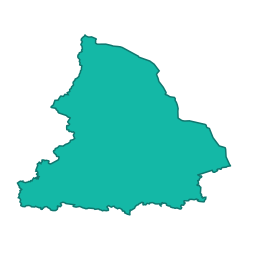 outline of Sverdlovsk, rotated 5°
{"feature_id": "RUS-2386", "entity_name": "Sverdlovsk", "entity_type": "Region", "adm_level": 1, "iso_a3": "RUS", "parent_name": "Russia", "parent_adm1": "", "projection": "natural_earth1", "projection_center": [60.591, 59.024], "detail": "fine", "context": "isolated", "style": "filled", "palette": "teal", "viewbox_px": 256, "rotation_deg": 5, "n_neighbors": 0, "source": "natural_earth", "source_scale": "10m", "svg_char_len": 5793}
<svg xmlns="http://www.w3.org/2000/svg" viewBox="0 0 256 256"><g transform="rotate(5 128 128)"><path d="M32.2,215.4L29.8,215.4L28.0,214.6L27.9,214.0L28.4,213.4L28.5,213.0L28.0,212.2L26.8,211.0L27.3,209.2L27.2,208.7L26.2,207.4L24.8,207.0L25.3,206.0L25.6,204.5L25.1,203.6L26.4,201.2L26.3,200.8L25.8,199.9L27.1,199.0L27.5,198.4L27.2,198.1L26.0,197.8L25.5,196.9L24.8,196.4L24.9,195.5L24.3,195.0L22.7,192.5L24.6,190.8L25.6,190.3L27.1,190.5L27.9,190.0L28.2,190.8L28.4,191.0L30.8,191.4L31.5,191.0L32.9,190.6L34.0,189.8L35.2,190.0L35.5,189.7L35.7,188.9L37.0,188.9L37.2,188.0L38.4,186.0L38.9,186.3L39.3,186.1L39.9,186.1L40.5,185.5L41.1,185.3L41.4,185.7L40.5,186.3L41.3,186.4L41.7,186.7L42.3,186.3L42.9,186.5L43.1,185.8L42.9,185.3L41.9,185.0L41.8,184.6L42.0,184.4L43.6,184.4L43.7,184.2L42.2,183.8L42.0,183.4L42.2,182.4L41.0,182.2L41.0,181.7L41.8,181.5L42.2,180.9L41.9,179.8L41.5,179.3L40.2,179.1L40.7,178.5L39.9,178.0L41.3,173.3L41.3,173.0L40.8,172.1L40.8,171.7L41.9,170.9L42.5,169.8L42.7,169.7L43.0,169.8L43.2,170.4L43.6,171.0L44.3,171.1L44.2,170.6L45.5,168.8L45.1,167.8L45.1,167.5L45.5,167.3L47.1,167.2L47.8,167.8L49.3,167.3L51.7,167.6L52.1,167.8L52.2,168.3L51.8,169.5L51.9,170.0L52.2,170.2L53.7,170.6L55.0,170.0L60.9,166.1L61.5,165.4L61.7,164.9L61.8,163.4L61.7,162.8L61.1,162.6L59.4,162.5L58.6,160.8L56.6,159.4L55.8,157.9L55.9,157.2L57.2,156.2L57.4,154.8L59.5,153.8L60.0,153.3L60.7,152.2L61.3,151.8L65.0,151.7L67.1,149.8L69.8,148.6L71.6,146.8L71.6,145.6L71.8,145.3L74.3,144.4L75.8,143.0L74.2,140.1L74.2,139.6L75.1,137.7L75.0,137.4L74.1,136.6L72.6,137.0L71.4,136.4L69.8,136.6L69.5,136.5L69.2,135.1L67.5,135.1L67.1,134.7L66.8,132.5L66.8,131.1L67.2,130.8L68.6,130.7L69.5,129.2L67.7,127.7L67.4,127.1L69.4,123.4L69.5,122.9L69.4,122.8L67.2,122.3L65.4,120.9L57.7,119.0L57.0,118.4L56.6,117.2L54.7,115.8L54.5,114.9L54.3,114.7L50.1,114.3L49.6,114.1L49.5,113.8L50.3,112.7L51.6,111.5L52.8,106.8L55.8,106.4L58.0,102.2L58.5,102.0L60.5,102.2L61.0,102.1L62.2,100.0L65.5,100.0L64.4,98.1L66.8,96.7L66.5,95.1L66.6,94.6L68.1,93.5L68.0,92.7L68.2,92.0L69.9,90.0L69.9,89.6L69.4,88.1L69.4,87.1L70.9,85.1L71.1,83.9L73.3,82.5L74.7,80.7L74.8,79.0L75.7,76.7L75.7,75.3L76.6,73.8L76.4,72.5L76.6,70.1L76.3,69.8L75.0,69.6L74.4,69.3L74.6,67.0L73.8,66.2L73.7,65.8L74.0,64.6L74.0,64.0L72.1,62.3L71.8,61.5L71.8,60.1L72.0,59.4L72.8,58.7L72.8,57.9L73.0,57.4L75.5,55.8L75.0,54.6L75.0,54.2L75.7,53.5L75.5,52.7L75.1,50.6L74.1,49.5L73.8,48.9L75.0,46.1L74.8,45.7L73.8,44.8L73.7,44.1L73.9,43.2L75.0,41.7L76.5,40.4L77.1,39.2L78.4,40.2L80.9,40.9L83.8,40.4L88.4,41.9L88.6,42.3L88.2,42.8L88.1,43.4L88.3,46.2L88.5,46.4L90.1,47.2L98.6,46.4L104.2,47.2L106.1,47.7L110.9,47.7L113.1,47.8L115.3,48.3L132.1,55.6L132.4,56.2L132.8,56.5L143.9,59.4L148.5,62.2L154.1,68.4L152.3,70.9L151.8,72.0L151.9,72.6L153.6,75.8L154.7,79.0L159.6,84.4L162.7,89.1L162.9,89.8L162.2,90.8L162.2,91.1L162.9,91.6L164.2,91.8L166.8,93.1L167.7,93.3L171.5,93.5L172.4,94.4L172.6,96.5L173.9,98.2L175.1,100.8L176.2,104.2L176.2,107.1L177.0,113.6L177.8,114.2L180.7,115.7L181.8,116.0L183.9,116.1L188.6,115.5L204.4,117.7L205.2,118.0L205.7,118.7L206.0,119.9L206.7,120.7L209.1,121.4L213.5,130.2L220.4,137.9L225.4,138.9L226.6,139.3L227.1,140.6L228.2,148.2L232.2,155.3L233.3,156.6L233.3,156.8L230.3,157.6L229.4,158.4L225.3,159.2L224.6,159.9L224.4,160.8L224.2,161.0L223.4,161.0L222.7,160.6L220.9,161.2L220.4,161.7L220.9,162.3L220.8,162.7L218.2,164.5L217.5,164.6L216.6,164.5L215.5,162.8L201.8,168.6L202.0,168.9L203.0,169.2L203.4,169.6L205.0,169.3L205.7,170.1L205.4,170.6L203.8,171.9L203.6,172.4L203.6,173.5L202.1,174.4L202.8,175.7L203.1,177.4L201.9,178.5L201.8,178.8L202.6,179.2L203.5,179.0L203.9,179.0L204.6,180.1L205.4,180.5L205.7,180.8L205.8,186.4L205.9,186.8L207.0,187.7L206.8,188.9L207.8,189.7L207.8,190.8L208.7,191.3L209.7,190.5L211.6,190.2L211.6,192.0L210.5,193.5L210.4,194.7L209.6,195.0L205.2,194.9L203.6,194.3L204.1,193.5L202.4,192.8L200.2,193.7L197.8,193.5L195.4,193.8L195.1,194.0L194.9,195.0L194.1,195.3L190.4,195.6L190.1,196.0L190.4,197.2L191.2,197.5L191.3,198.2L191.1,198.5L190.4,198.8L190.4,199.6L190.1,200.0L189.6,200.1L188.1,200.0L187.7,200.5L187.4,201.2L187.4,201.6L188.4,202.6L188.1,203.7L187.6,204.0L186.9,204.2L183.8,203.4L181.9,203.9L180.3,203.5L179.2,203.5L177.3,203.0L176.5,202.0L175.0,202.1L173.2,201.5L173.0,201.2L173.0,200.4L172.6,200.0L171.2,199.6L169.7,199.9L168.8,199.4L168.1,199.9L168.3,200.8L167.5,201.4L167.6,202.8L167.0,202.5L166.4,201.8L166.4,200.8L162.2,201.2L161.5,201.1L159.2,200.2L156.5,200.6L155.9,201.7L153.8,201.4L153.3,201.6L152.4,203.0L151.7,203.0L150.8,202.8L150.3,203.2L149.8,203.2L149.5,202.5L149.5,202.0L149.9,201.4L149.8,201.1L148.3,200.8L145.3,202.8L144.7,203.7L143.4,204.1L142.1,205.6L141.5,207.4L139.5,208.8L138.7,209.5L137.4,209.6L137.1,210.1L137.4,211.0L137.0,212.4L137.5,213.7L137.3,214.3L134.9,213.9L132.1,212.8L132.3,212.1L132.1,211.8L131.0,211.0L130.3,211.3L129.5,210.9L129.2,209.8L127.1,208.7L126.5,208.6L125.6,208.8L124.6,209.4L123.3,208.6L122.3,208.5L121.0,207.2L119.6,207.4L118.6,208.2L118.2,208.3L115.5,207.0L114.0,208.1L113.9,208.5L115.4,210.3L115.7,211.5L115.5,211.8L113.6,212.3L111.2,212.2L109.8,212.7L107.9,211.9L106.6,211.8L106.0,211.2L105.3,211.2L102.1,211.9L101.3,211.3L100.6,211.2L95.7,211.2L94.3,211.9L92.9,212.1L91.7,211.7L90.1,211.5L87.1,210.4L86.4,210.4L83.2,211.3L80.8,211.0L80.2,210.7L80.3,210.1L81.2,209.1L72.8,208.7L71.3,207.9L69.5,207.6L67.3,208.9L67.3,209.2L68.5,210.6L67.7,212.1L67.3,212.3L66.2,212.0L64.6,211.9L64.5,212.1L64.6,212.7L65.1,213.3L64.8,213.9L64.7,215.1L63.4,216.3L62.7,216.6L60.3,216.8L58.5,216.5L57.9,216.2L57.4,215.2L55.0,214.2L54.5,213.6L53.7,213.4L51.6,213.9L50.8,215.1L49.9,215.6L49.7,216.4L49.1,216.6L48.3,216.4L47.9,214.9L47.5,214.9L46.9,215.2L46.0,215.1L42.7,214.1L42.0,214.8L38.6,214.9L38.0,214.2L36.1,213.8L33.3,214.3L32.2,215.4Z" fill="#14b8a6" stroke="#0f766e" stroke-width="1.5"/></g></svg>